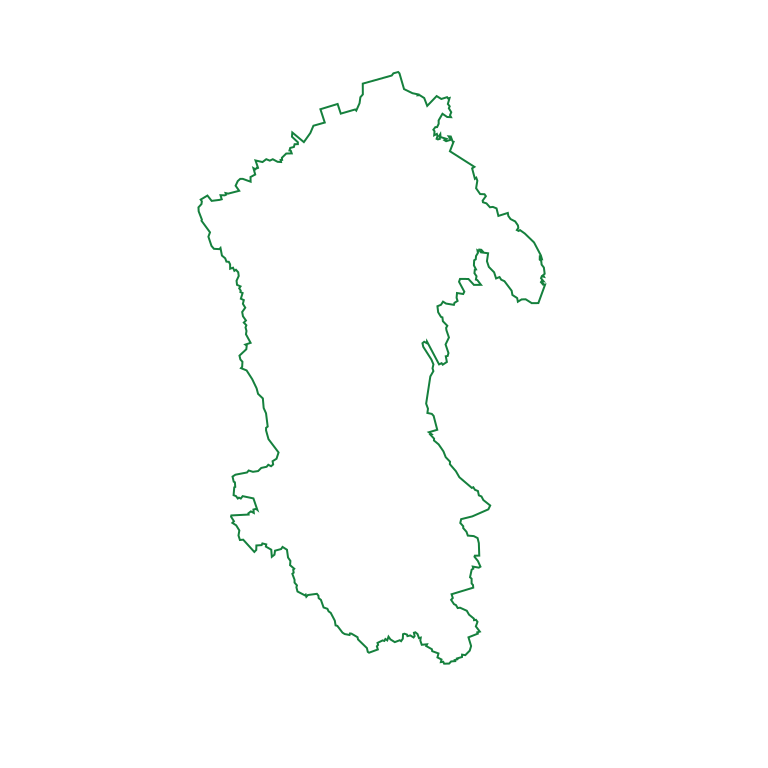 Banana, Queensland, Australia, rotated 155°
{"feature_id": "25037944B6409140573096", "entity_name": "Banana", "entity_type": "district", "adm_level": 2, "iso_a3": "AUS", "parent_name": "Australia", "parent_adm1": "Queensland", "projection": "equal_earth", "projection_center": [149.813, -24.807], "detail": "fine", "context": "isolated", "style": "outline", "palette": "green", "viewbox_px": 768, "rotation_deg": 155, "n_neighbors": 0, "source": "geoboundaries", "source_scale": "gbopen_adm2", "svg_char_len": 6166}
<svg xmlns="http://www.w3.org/2000/svg" viewBox="0 0 768 768"><g transform="rotate(155 384 384)"><path d="M399.8,128.9L400.3,131.4L402.2,131.9L401.7,133.4L404.4,139.0L404.8,143.5L409.6,149.1L411.9,149.8L412.2,153.2L413.6,154.9L414.4,160.0L412.1,161.0L411.6,164.9L389.2,161.7L388.3,164.2L388.9,166.2L386.9,170.5L387.7,172.5L383.0,178.7L381.1,178.9L380.7,181.0L375.7,177.5L373.8,177.7L373.7,183.9L375.0,189.2L374.2,190.0L370.2,188.2L365.3,199.7L364.3,204.8L366.9,208.2L372.1,211.2L371.7,215.2L373.1,219.9L372.3,221.6L373.6,225.8L371.2,228.9L359.9,226.7L342.4,226.3L339.1,229.0L343.0,236.8L343.2,240.9L345.1,243.0L344.1,247.3L346.3,249.7L346.7,252.7L348.3,252.7L355.1,267.6L355.7,274.6L358.2,283.5L357.0,285.7L359.0,291.6L358.6,297.8L360.0,306.2L362.6,311.7L361.7,313.3L363.4,318.5L362.1,318.3L363.7,321.3L355.1,320.0L352.5,334.1L353.3,336.7L356.9,339.4L354.6,343.0L354.1,348.4L338.8,371.3L333.8,374.8L333.4,377.7L330.9,380.9L330.7,386.2L332.7,401.1L331.9,404.7L329.7,405.3L328.0,403.0L327.1,404.4L325.8,378.5L323.0,378.5L322.6,376.7L317.7,377.4L316.3,383.0L314.5,382.5L312.5,384.8L311.5,393.8L305.5,398.7L304.7,406.3L304.0,408.6L302.0,410.0L304.1,416.0L302.9,419.7L304.0,420.8L304.6,426.1L302.7,431.9L298.9,431.7L295.7,433.7L293.8,430.7L287.2,426.2L285.8,427.8L282.2,428.2L281.8,431.4L279.4,435.6L274.2,432.1L272.2,433.7L272.8,444.9L270.7,447.1L263.1,443.5L260.6,435.8L254.2,432.9L255.5,438.7L256.6,439.8L254.6,442.6L255.2,446.2L253.4,449.2L252.2,448.9L252.4,453.5L250.0,458.0L248.2,458.2L246.5,461.1L243.5,463.1L242.8,465.6L242.0,464.4L240.9,465.6L239.1,464.5L238.5,462.5L240.3,463.0L240.4,462.3L234.4,458.5L238.8,451.8L239.5,445.8L237.0,438.7L237.8,432.3L234.1,432.1L233.7,429.0L231.4,426.3L228.9,414.6L230.0,410.4L227.0,405.6L227.9,402.0L223.5,402.5L219.8,400.9L215.9,394.8L209.9,392.1L195.9,406.1L197.3,406.6L197.4,408.2L198.0,407.6L198.7,410.0L197.2,410.9L196.1,410.0L197.0,413.5L195.4,415.0L193.7,413.6L193.8,415.4L191.8,416.0L189.9,422.0L190.7,425.6L189.5,429.1L190.3,430.9L188.4,434.7L188.8,430.7L188.1,430.3L187.5,434.3L188.2,448.9L192.8,460.9L195.7,466.0L197.3,465.8L198.5,467.4L196.3,468.7L195.6,471.1L196.4,475.9L199.6,480.0L200.3,483.8L199.5,486.7L209.3,488.0L207.8,495.6L210.5,498.5L213.3,499.4L214.8,504.4L217.5,506.9L217.1,508.5L212.3,511.2L212.7,513.5L216.6,515.5L217.8,522.5L213.5,528.8L213.2,532.0L214.9,531.6L213.0,542.2L210.3,542.6L225.9,567.1L218.6,574.1L219.3,574.6L218.9,580.1L220.7,581.1L220.1,577.1L225.1,577.8L226.2,579.5L223.8,579.8L228.4,583.9L227.4,586.6L228.9,585.6L229.8,582.6L231.8,582.9L232.7,584.0L230.7,586.1L230.4,588.3L233.4,588.2L231.4,591.7L231.8,593.6L228.9,595.1L227.3,594.4L224.5,596.7L223.1,599.8L216.8,604.2L213.9,599.3L210.5,597.5L210.6,599.7L208.2,601.9L208.7,606.5L207.1,607.9L207.8,610.8L203.7,615.5L205.3,615.8L205.6,617.3L211.6,618.1L214.6,622.7L227.3,617.8L226.7,626.2L229.6,630.7L231.4,631.4L230.6,632.0L235.3,635.5L241.2,642.8L238.7,659.0L239.3,660.8L244.2,661.6L246.6,660.3L276.3,665.2L280.8,655.4L284.2,653.9L287.5,648.8L293.6,643.5L294.1,645.0L308.9,647.3L307.7,657.4L325.5,659.9L327.2,646.0L338.8,647.9L344.7,642.6L354.4,637.1L360.8,650.7L362.9,647.0L359.9,639.5L360.7,637.8L363.7,639.1L365.5,636.9L369.2,637.6L371.0,635.6L369.9,634.8L370.2,632.0L375.2,634.2L380.9,632.2L381.6,630.2L383.0,630.8L383.5,628.7L386.6,630.4L389.8,634.7L393.1,634.7L395.7,637.5L400.3,636.5L406.0,640.9L406.9,632.3L407.5,633.9L409.8,632.9L411.1,634.8L412.2,628.3L417.5,628.0L419.4,623.7L425.3,629.6L427.6,630.7L430.8,629.7L434.7,626.4L433.6,620.3L444.8,622.4L446.9,624.0L447.1,622.3L448.6,622.3L452.4,624.2L453.0,620.0L455.3,620.4L462.8,622.8L464.4,629.4L472.2,628.6L471.9,626.5L473.4,624.2L477.5,622.5L479.0,618.8L479.6,609.9L480.4,609.1L477.6,595.0L480.9,591.7L482.0,582.1L481.0,578.4L476.2,575.8L474.7,576.4L476.6,568.9L474.8,565.0L475.1,561.5L473.0,560.3L472.9,557.5L474.7,553.5L471.7,553.2L471.8,549.8L469.9,550.1L468.9,546.9L470.0,543.3L474.0,539.9L475.3,536.0L472.8,533.1L474.8,531.9L474.4,529.2L475.3,528.0L473.7,526.2L477.7,521.8L475.6,519.3L478.0,516.3L477.5,511.8L482.1,509.2L483.2,505.0L482.3,499.9L485.1,498.9L483.9,495.4L485.6,493.8L486.2,490.2L488.1,487.4L487.5,477.7L493.0,478.3L492.2,476.8L494.1,473.7L503.0,470.8L503.8,466.9L502.9,464.0L505.3,459.5L506.9,458.8L502.8,454.4L501.4,444.1L501.3,433.9L502.3,428.3L499.9,422.1L503.2,413.1L503.3,407.3L507.4,394.6L509.4,394.1L510.5,391.8L512.0,382.8L508.5,366.5L513.0,361.7L517.6,361.1L518.5,357.9L521.1,357.2L523.0,359.7L525.4,358.6L530.7,359.8L534.9,358.3L539.9,359.8L543.2,362.8L545.5,361.7L557.0,364.6L560.4,364.1L561.5,359.0L560.7,357.9L562.3,353.6L563.4,353.6L567.3,346.8L565.5,344.9L564.9,342.0L563.5,342.3L562.2,340.7L559.5,342.1L550.7,335.5L552.0,323.5L552.7,324.9L555.4,325.4L556.5,322.2L558.5,324.8L561.6,324.1L561.9,322.9L577.9,329.4L578.7,328.4L578.0,323.0L580.1,322.2L577.7,318.4L577.0,312.4L579.9,308.2L580.5,303.5L577.4,302.4L572.5,286.6L569.9,287.6L567.9,291.6L563.0,289.7L561.6,290.9L558.5,288.4L559.8,286.6L556.2,281.5L558.7,274.8L555.4,275.6L553.2,279.0L547.0,277.9L544.8,279.2L542.0,274.8L544.3,267.3L543.6,263.2L545.7,259.5L543.4,254.5L544.8,254.0L545.6,251.2L547.3,250.7L547.8,244.4L549.0,241.8L548.0,238.3L549.3,236.8L550.1,232.5L545.0,225.9L544.0,226.2L544.3,224.0L542.1,224.9L533.5,222.2L532.9,219.9L533.7,217.5L532.4,215.0L533.2,207.0L530.3,204.2L530.3,201.4L529.0,199.1L528.6,190.3L529.9,185.7L528.5,184.5L526.7,176.2L525.3,174.0L521.3,171.1L520.2,172.3L519.0,171.5L515.0,165.7L515.5,163.5L511.1,151.9L511.9,148.1L511.1,146.8L501.8,146.0L501.3,149.3L499.6,150.0L499.3,152.1L493.6,152.2L492.3,151.0L490.5,152.3L489.4,150.3L486.7,153.1L486.1,149.8L483.3,145.5L478.0,145.1L477.2,143.7L474.6,145.2L472.5,149.2L471.1,149.1L469.1,147.2L469.3,145.6L466.4,145.0L464.3,141.8L462.8,142.6L462.0,145.9L460.5,145.7L459.3,143.2L459.7,138.9L457.9,138.6L459.5,136.2L460.0,131.7L455.0,129.9L456.5,128.7L452.7,123.4L453.2,121.5L448.5,116.8L451.1,113.6L448.3,110.0L450.0,107.9L447.7,107.2L447.7,105.1L443.1,103.1L440.4,104.2L436.7,102.8L436.6,103.9L433.9,103.5L433.8,104.4L428.7,103.6L427.6,105.7L424.9,103.9L419.0,106.1L415.8,109.7L414.5,118.7L404.5,118.1L404.4,119.5L401.8,119.1L403.2,125.5L399.8,128.9Z" fill="none" stroke="#15803d" stroke-width="2"/></g></svg>